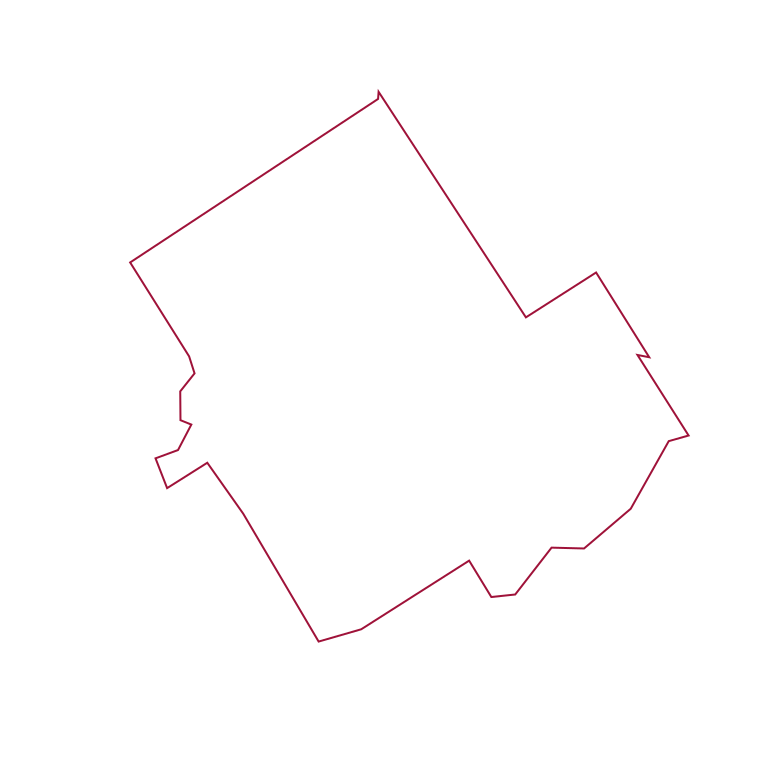 Turner, Georgia, United States of America (Albers equal-area conic projection), rotated 57°
{"feature_id": "52423323B78124087935217", "entity_name": "Turner", "entity_type": "district", "adm_level": 2, "iso_a3": "USA", "parent_name": "United States of America", "parent_adm1": "Georgia", "projection": "albers", "projection_center": [-83.607, 31.711], "detail": "fine", "context": "isolated", "style": "outline", "palette": "rose", "viewbox_px": 768, "rotation_deg": 57, "n_neighbors": 0, "source": "geoboundaries", "source_scale": "gbopen_adm2", "svg_char_len": 501}
<svg xmlns="http://www.w3.org/2000/svg" viewBox="0 0 768 768"><g transform="rotate(57 384 384)"><path d="M136.0,229.4L141.7,233.7L143.8,530.7L254.7,532.4L271.9,537.1L279.2,558.9L303.5,574.4L313.1,567.7L327.2,592.7L321.9,616.1L353.2,622.6L353.8,575.1L416.1,572.7L564.4,579.1L577.3,536.7L578.5,408.8L621.1,410.0L632.0,388.6L612.5,332.6L630.9,305.8L623.0,245.0L587.0,176.3L593.1,156.6L497.7,155.6L506.0,147.0L406.0,145.4L405.4,228.7L136.0,229.4Z" fill="none" stroke="#9f1239" stroke-width="2"/></g></svg>